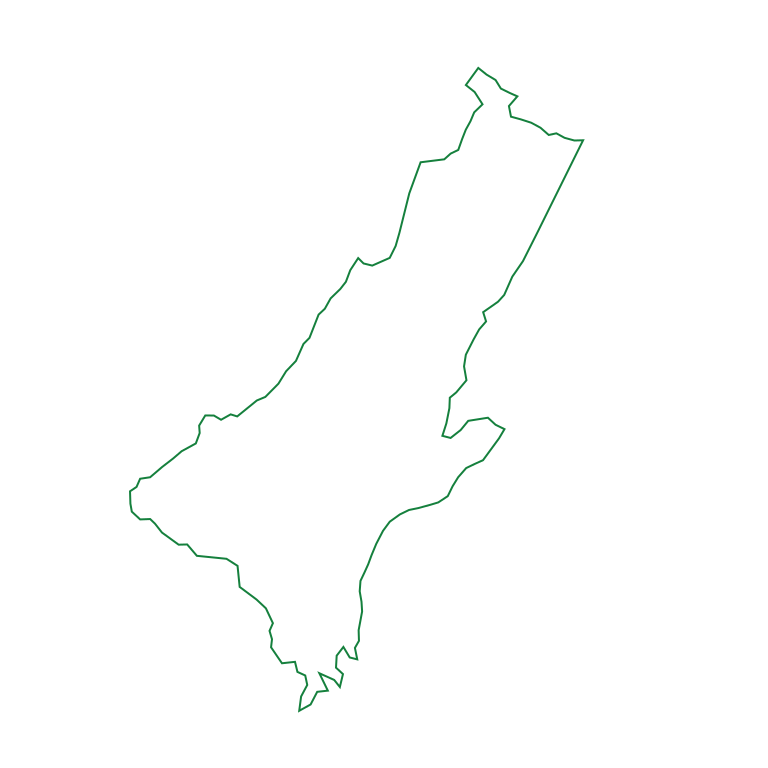 the district of Portão, Rio Grande do Sul, Brazil, rotated 36°
{"feature_id": "56859067B47058469819557", "entity_name": "Portão", "entity_type": "district", "adm_level": 2, "iso_a3": "BRA", "parent_name": "Brazil", "parent_adm1": "Rio Grande do Sul", "projection": "natural_earth1", "projection_center": [-51.245, -29.693], "detail": "fine", "context": "isolated", "style": "outline", "palette": "green", "viewbox_px": 768, "rotation_deg": 36, "n_neighbors": 0, "source": "geoboundaries", "source_scale": "gbopen_adm2", "svg_char_len": 1934}
<svg xmlns="http://www.w3.org/2000/svg" viewBox="0 0 768 768"><g transform="rotate(36 384 384)"><path d="M241.6,620.1L249.2,629.9L255.0,635.5L266.3,636.9L274.2,630.7L280.8,631.6L291.7,634.7L312.3,634.7L319.1,629.5L333.6,633.0L359.3,618.0L372.4,617.2L386.5,633.0L407.6,633.3L420.3,634.9L434.7,642.8L436.5,651.0L443.4,656.3L447.4,663.4L465.6,669.9L475.3,661.1L483.2,667.8L491.6,666.1L498.8,672.6L500.6,685.5L507.5,698.2L513.0,686.4L510.9,672.3L518.8,665.1L501.7,656.0L517.7,652.7L526.4,655.1L521.3,642.8L511.9,641.7L505.4,631.6L505.7,620.6L517.0,625.4L524.2,622.5L515.6,614.6L514.7,606.5L508.2,598.1L504.3,589.9L500.0,580.9L493.8,573.4L486.2,566.0L480.7,557.1L479.0,548.0L477.2,539.2L474.6,530.0L471.7,517.9L469.5,503.3L469.6,492.0L473.5,480.2L478.3,471.2L484.7,464.2L492.4,454.6L497.5,447.9L501.5,437.2L499.6,426.4L498.8,415.8L499.9,403.7L504.3,395.5L508.9,387.4L509.0,360.3L508.0,349.7L498.2,351.4L487.9,350.2L473.8,364.3L473.1,376.1L469.6,388.5L461.7,391.6L457.6,379.2L451.1,365.1L445.3,356.4L447.4,348.3L448.5,332.5L438.4,322.7L433.0,312.2L430.3,295.4L428.9,283.9L429.8,273.4L422.0,267.6L427.9,250.4L428.9,241.3L424.7,221.7L424.2,202.9L418.9,170.4L401.8,69.8L394.9,75.1L385.4,78.7L376.1,79.9L370.9,85.7L360.0,84.7L349.5,86.1L339.1,89.5L329.6,93.1L321.7,85.7L322.8,72.9L314.8,74.6L304.9,76.3L295.6,72.5L285.1,73.4L274.5,72.9L274.5,94.0L285.7,94.5L299.3,99.8L297.3,111.2L299.5,120.6L300.7,130.2L303.2,139.8L306.5,151.0L302.5,158.4L300.7,166.8L283.3,183.1L292.4,214.9L307.6,252.6L312.3,265.5L314.5,278.6L304.9,295.1L296.6,298.5L289.1,297.3L289.8,311.7L293.1,323.7L292.8,332.8L290.5,346.1L291.9,357.9L290.3,366.3L296.6,390.5L295.3,398.9L299.2,417.1L297.3,431.2L298.4,445.8L295.6,464.2L290.8,472.1L284.3,496.5L277.8,498.7L273.2,508.7L264.9,509.5L257.9,514.5L258.9,526.3L263.7,532.0L266.7,542.7L259.8,557.3L257.2,568.2L253.3,581.5L249.6,596.9L242.4,604.0L244.3,612.7L241.6,620.1Z" fill="none" stroke="#15803d" stroke-width="2"/></g></svg>